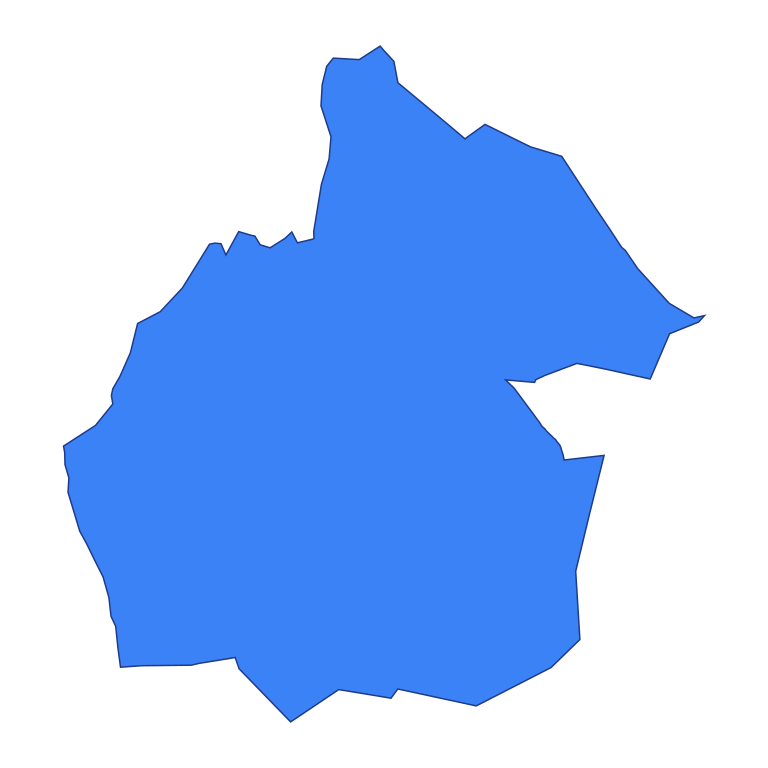 Santiago Zacatepec, Oaxaca, Mexico
{"feature_id": "50627088B38006544151025", "entity_name": "Santiago Zacatepec", "entity_type": "district", "adm_level": 2, "iso_a3": "MEX", "parent_name": "Mexico", "parent_adm1": "Oaxaca", "projection": "equal_earth", "projection_center": [-95.883, 17.203], "detail": "fine", "context": "isolated", "style": "filled", "palette": "blue", "viewbox_px": 768, "rotation_deg": 0, "n_neighbors": 0, "source": "geoboundaries", "source_scale": "gbopen_adm2", "svg_char_len": 1481}
<svg xmlns="http://www.w3.org/2000/svg" viewBox="0 0 768 768"><path d="M63.5,446.1L64.7,452.6L65.0,464.6L68.9,478.0L68.0,492.2L79.7,531.1L86.6,543.7L94.9,560.7L103.1,577.0L108.9,597.5L111.0,616.2L115.7,626.3L117.9,647.7L120.5,667.2L142.0,665.7L191.2,665.2L199.5,663.3L235.2,657.5L239.1,668.8L290.6,721.9L338.7,689.6L391.0,698.2L397.8,689.0L476.2,705.9L551.1,667.5L579.9,639.5L575.7,571.3L590.2,511.2L591.2,507.3L604.1,455.4L564.1,460.0L563.9,458.7L563.6,457.5L563.2,455.3L562.7,453.5L561.8,450.9L561.0,448.0L559.9,445.3L558.6,443.6L556.7,441.4L555.5,439.5L553.6,438.1L552.2,436.5L549.4,433.9L547.7,432.2L546.1,430.7L544.9,428.9L543.5,427.7L541.5,425.8L540.1,423.2L514.1,388.1L505.6,379.9L534.6,382.4L535.8,379.7L545.2,375.3L576.9,363.4L603.0,368.6L650.2,379.0L669.6,333.7L698.7,322.0L704.5,315.6L693.9,317.9L669.3,303.4L637.7,268.6L625.3,250.4L621.6,247.3L609.5,228.8L595.8,208.5L561.7,156.3L530.6,146.9L520.8,142.1L485.0,124.4L466.4,137.7L465.2,139.0L438.1,116.2L397.9,82.7L393.9,61.4L383.5,50.1L380.1,46.1L359.2,59.6L333.3,58.1L326.7,66.3L322.2,84.6L321.0,105.9L331.0,136.8L329.1,158.9L321.4,184.4L313.7,231.6L314.0,238.3L312.9,239.1L297.4,242.8L291.8,232.0L285.1,238.3L270.1,247.8L260.2,244.8L254.8,236.0L250.8,235.2L238.7,231.6L225.9,255.0L221.0,243.7L214.9,243.1L209.5,244.2L207.3,247.8L182.3,288.1L160.2,311.7L137.6,323.5L130.4,352.7L120.0,376.3L112.8,388.8L111.4,395.5L112.8,404.0L95.9,424.9L95.7,425.3L63.5,446.1Z" fill="#3b82f6" stroke="#1e3a8a" stroke-width="1.5"/></svg>